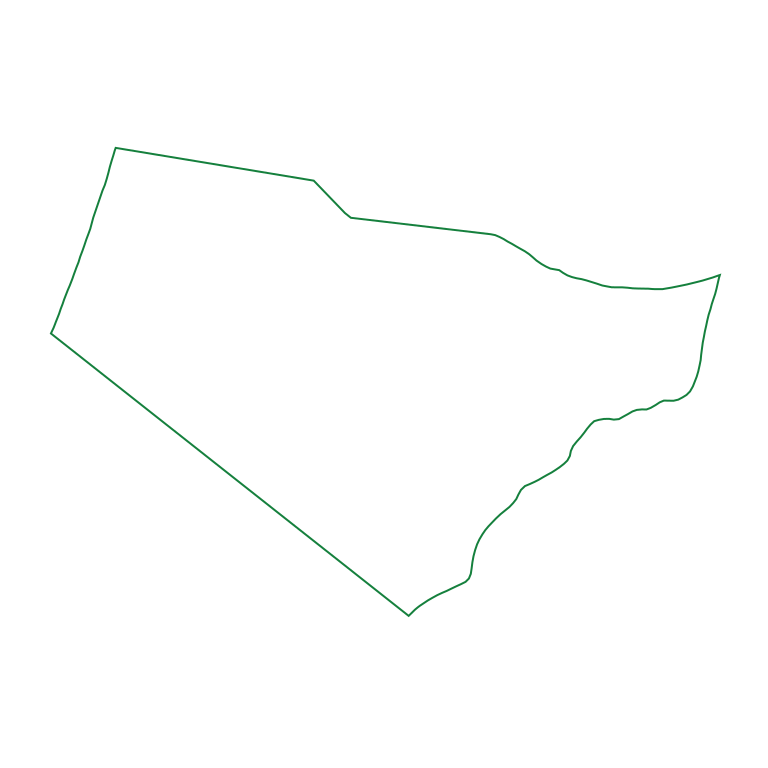 Raghwan, Ma'rib, Yemen, rotated 181°
{"feature_id": "15242507B55081881652905", "entity_name": "Raghwan", "entity_type": "district", "adm_level": 2, "iso_a3": "YEM", "parent_name": "Yemen", "parent_adm1": "Ma'rib", "projection": "robinson", "projection_center": [45.02, 15.774], "detail": "fine", "context": "isolated", "style": "outline", "palette": "green", "viewbox_px": 768, "rotation_deg": 181, "n_neighbors": 0, "source": "geoboundaries", "source_scale": "gbopen_adm2", "svg_char_len": 2360}
<svg xmlns="http://www.w3.org/2000/svg" viewBox="0 0 768 768"><g transform="rotate(181 384 384)"><path d="M355.3,152.6L349.3,158.7L348.3,159.6L346.3,161.3L344.4,162.8L340.5,165.5L336.3,168.4L331.8,171.1L327.1,173.8L322.2,176.2L317.7,178.2L313.0,180.6L308.0,183.1L303.8,185.1L299.0,187.6L295.7,191.0L293.9,195.7L293.2,200.9L292.5,207.3L291.5,213.4L290.0,219.5L288.1,225.4L285.9,230.3L283.0,235.4L280.1,239.8L277.1,243.5L273.7,247.2L269.8,251.4L265.2,255.9L260.9,259.5L256.5,263.2L252.9,267.1L249.7,271.3L247.7,275.8L245.2,280.5L241.3,284.4L236.5,286.5L231.7,288.8L227.7,290.9L223.3,293.6L219.4,295.9L214.8,298.5L210.9,301.1L206.8,304.0L202.6,307.4L199.3,310.7L196.9,315.3L196.0,320.3L193.8,325.3L190.2,329.9L186.4,334.3L182.9,338.9L180.1,342.9L176.7,347.1L173.2,350.5L168.6,351.9L163.5,352.9L158.4,353.1L153.6,352.4L148.5,353.0L144.1,355.6L139.7,358.1L135.1,360.9L130.8,362.5L125.7,363.1L121.1,363.1L116.9,364.8L111.9,367.8L108.0,370.5L103.9,372.3L98.9,372.3L94.2,372.3L89.5,373.5L85.3,375.8L81.4,378.3L77.9,381.9L75.1,387.0L73.2,392.1L71.5,396.7L70.0,402.1L68.8,408.0L67.8,413.4L67.4,418.7L66.7,424.9L66.0,431.0L65.0,436.5L64.1,442.1L62.9,447.8L61.9,453.1L60.6,458.9L58.9,464.5L57.7,469.5L56.1,474.7L54.5,479.7L53.2,485.0L52.0,490.8L51.0,495.6L50.1,498.8L52.4,498.0L57.2,496.2L62.2,494.6L67.2,493.0L71.9,491.7L77.2,490.3L82.9,488.8L87.3,487.8L92.7,486.6L98.2,485.4L102.5,484.6L107.3,483.7L111.8,483.6L116.6,483.6L121.3,483.9L126.6,483.9L131.5,483.9L136.9,484.0L142.0,484.5L147.4,484.8L152.9,484.7L158.1,484.7L162.9,485.5L167.5,486.3L173.1,488.1L177.9,489.5L183.4,491.1L188.3,492.3L193.3,493.1L197.9,494.2L202.5,495.8L207.0,498.3L210.8,500.9L215.3,501.6L219.7,502.3L224.0,504.2L228.6,506.7L233.7,510.1L237.3,513.2L241.1,516.3L245.7,519.3L250.2,521.7L254.4,524.0L258.6,526.4L262.9,528.6L266.9,531.0L271.0,533.0L275.4,534.8L279.9,535.6L420.0,549.6L426.0,554.2L457.8,586.1L656.4,615.4L657.3,612.7L658.6,607.9L660.2,602.5L661.9,596.3L663.2,590.6L664.7,584.7L666.6,578.1L668.8,572.6L677.6,545.3L678.8,540.5L680.4,534.0L682.3,528.5L684.2,523.2L686.1,517.1L687.8,512.0L690.0,505.9L691.6,500.3L693.5,495.3L695.9,488.4L697.4,483.8L699.9,477.0L701.8,472.4L703.5,467.8L705.3,462.9L706.8,458.2L708.5,453.6L710.1,448.5L711.9,443.7L713.5,439.5L713.6,439.1L715.3,434.5L717.9,428.7L684.4,403.2L406.5,191.6L355.3,152.6Z" fill="none" stroke="#15803d" stroke-width="2"/></g></svg>